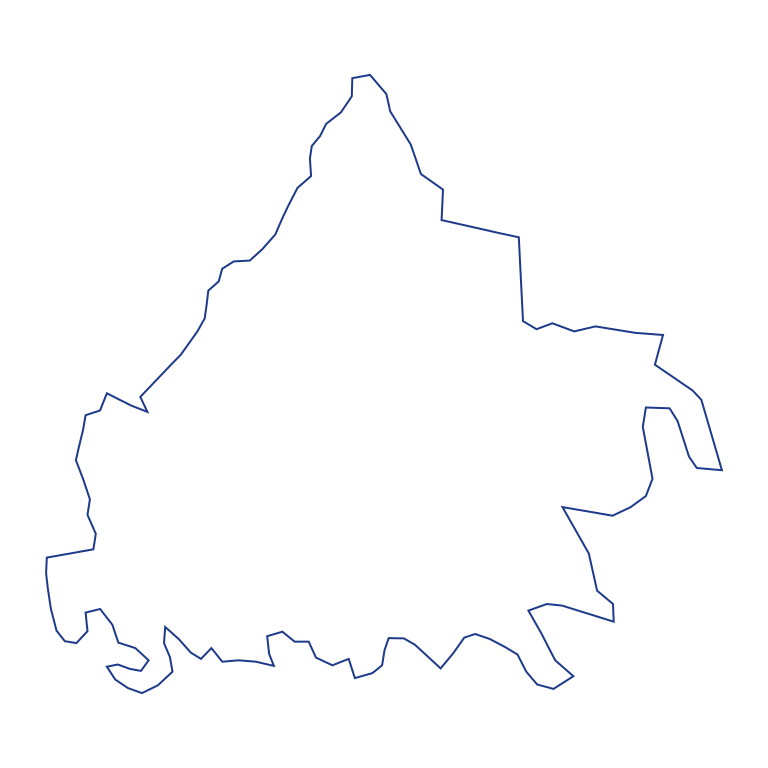 outline of Centenário, Rio Grande do Sul, Brazil
{"feature_id": "56859067B70256380111407", "entity_name": "Centenário", "entity_type": "district", "adm_level": 2, "iso_a3": "BRA", "parent_name": "Brazil", "parent_adm1": "Rio Grande do Sul", "projection": "robinson", "projection_center": [-52.012, -27.763], "detail": "fine", "context": "isolated", "style": "outline", "palette": "blue", "viewbox_px": 768, "rotation_deg": 0, "n_neighbors": 0, "source": "geoboundaries", "source_scale": "gbopen_adm2", "svg_char_len": 1796}
<svg xmlns="http://www.w3.org/2000/svg" viewBox="0 0 768 768"><path d="M46.8,557.6L46.1,573.4L47.7,587.6L50.8,608.4L56.5,630.6L64.8,641.2L76.4,643.1L87.5,631.2L85.6,612.6L100.1,609.0L112.4,624.8L118.3,642.6L135.4,648.1L148.6,660.3L141.0,670.9L129.9,668.9L117.8,664.5L106.9,666.7L115.2,679.5L128.0,688.1L142.0,693.1L157.9,685.3L172.5,671.7L169.9,657.0L164.0,643.1L165.2,627.0L178.7,639.0L190.8,652.6L201.0,658.9L211.4,648.1L222.3,661.7L238.6,660.3L255.9,661.7L273.9,665.9L269.1,653.9L267.2,636.2L282.4,631.7L294.7,641.7L308.7,641.7L316.0,657.6L332.4,665.3L348.7,658.9L354.9,678.1L372.4,673.1L382.1,665.3L384.5,650.3L388.7,638.1L403.9,638.4L415.0,644.8L428.3,657.0L440.6,668.4L453.1,653.4L464.3,637.6L475.1,634.0L489.8,639.0L505.0,647.0L517.5,654.5L526.3,671.7L537.2,684.5L553.5,688.9L573.4,676.2L555.2,660.3L541.2,633.1L528.4,610.6L546.9,604.0L562.1,605.6L613.7,621.7L613.0,604.0L597.1,590.7L588.8,553.5L562.5,507.1L612.5,515.7L630.7,507.1L645.9,496.0L652.5,478.8L642.8,426.9L645.9,407.5L669.6,408.3L677.6,421.1L689.0,456.6L696.8,468.0L721.9,470.2L701.3,399.7L692.6,390.5L654.9,364.7L663.0,335.0L635.0,332.8L595.5,326.4L574.2,331.4L552.4,323.3L536.5,329.2L523.0,321.1L518.8,237.3L498.4,232.9L441.6,220.1L443.0,189.6L420.9,174.0L410.8,144.6L390.2,111.3L386.4,94.1L370.0,74.9L352.3,78.2L351.8,96.3L340.9,112.4L326.2,123.8L320.1,136.0L311.8,146.0L309.9,158.7L311.1,176.0L297.5,187.9L288.6,205.1L282.4,218.1L275.3,234.5L262.3,249.2L249.7,260.6L233.8,261.4L222.2,268.7L218.7,281.4L208.3,290.6L206.6,305.0L204.7,318.4L197.4,331.4L189.3,342.8L180.8,354.7L171.8,363.9L140.3,396.9L147.4,411.9L131.1,405.5L119.5,399.7L106.9,393.3L100.0,410.5L85.6,415.2L83.0,430.2L79.0,446.6L75.9,460.2L83.2,479.3L89.9,499.3L87.5,514.9L95.8,533.8L93.4,549.3L46.8,557.6Z" fill="none" stroke="#1e3a8a" stroke-width="2"/></svg>